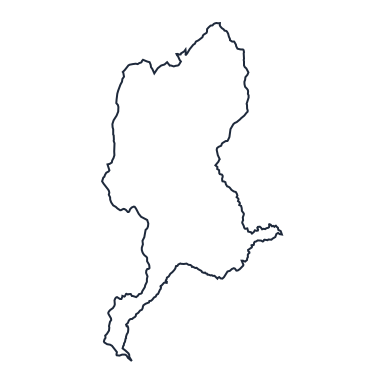 the district of Marulanda, Caldas, Colombia
{"feature_id": "7082276B71497908860024", "entity_name": "Marulanda", "entity_type": "district", "adm_level": 2, "iso_a3": "COL", "parent_name": "Colombia", "parent_adm1": "Caldas", "projection": "natural_earth1", "projection_center": [-75.264, 5.211], "detail": "fine", "context": "isolated", "style": "outline", "palette": "slate", "viewbox_px": 384, "rotation_deg": 0, "n_neighbors": 0, "source": "geoboundaries", "source_scale": "gbopen_adm2", "svg_char_len": 6015}
<svg xmlns="http://www.w3.org/2000/svg" viewBox="0 0 384 384"><path d="M131.8,361.0L129.3,356.9L129.2,354.8L128.5,353.4L125.5,350.6L122.6,348.4L123.3,345.8L123.8,345.3L124.0,343.5L125.0,341.7L125.5,338.9L126.1,338.1L125.9,337.1L126.8,334.2L127.4,333.4L128.0,332.0L128.3,329.2L128.1,327.3L127.6,326.2L126.8,326.4L126.6,326.2L126.1,324.6L127.9,322.9L128.8,320.6L129.8,319.5L130.4,319.1L132.3,318.9L133.3,317.9L134.9,317.0L135.8,315.9L136.0,314.3L138.3,312.8L140.0,310.6L141.9,309.7L142.7,308.0L142.9,306.6L143.4,305.3L145.5,303.8L149.0,302.4L149.4,301.0L151.0,300.8L152.3,299.7L154.0,297.5L155.7,296.6L156.7,294.6L158.1,293.9L159.9,289.8L160.7,288.9L161.0,287.3L160.5,286.6L160.7,285.9L161.5,285.6L163.8,283.0L164.6,282.5L166.7,282.9L166.9,281.8L165.8,280.8L165.8,280.4L166.7,279.0L166.9,277.6L168.7,276.5L170.3,273.8L172.4,272.1L174.2,270.1L175.3,268.5L176.0,266.1L177.4,265.9L178.3,264.5L180.3,263.5L181.0,263.8L183.8,264.0L186.6,263.6L188.5,264.8L190.5,265.0L192.4,266.6L192.3,266.9L193.1,266.9L195.3,268.0L196.6,267.8L198.2,269.2L201.4,270.9L202.1,272.2L203.7,272.8L205.0,272.6L205.3,273.2L207.0,273.7L207.5,274.7L208.7,274.7L210.6,275.4L211.8,275.2L213.0,275.9L214.5,275.8L217.4,278.6L217.8,277.9L219.2,277.1L220.7,278.4L222.4,278.6L224.0,277.1L227.5,271.5L229.9,270.8L231.9,269.0L233.8,268.2L234.9,268.6L236.4,270.6L237.7,270.5L239.7,269.2L243.2,265.6L243.4,264.8L241.7,260.7L243.0,260.7L245.1,261.6L247.0,260.0L247.2,258.3L247.9,257.1L247.8,254.9L248.4,253.7L249.4,252.9L249.4,252.2L248.2,251.0L248.1,249.9L251.8,247.4L252.0,246.6L251.5,245.3L252.1,245.0L253.4,245.1L253.8,244.8L254.1,242.7L254.7,241.8L256.0,241.5L257.7,240.4L261.1,240.6L262.7,241.5L263.4,241.2L264.0,240.0L264.5,239.7L267.6,240.2L268.4,239.5L271.4,239.7L272.6,238.6L275.3,237.0L276.4,234.0L278.1,232.9L279.6,234.1L281.9,234.5L280.7,231.1L278.3,229.8L277.9,227.7L276.6,226.7L275.9,225.7L275.4,225.8L274.4,226.8L273.2,225.9L272.0,226.3L270.8,224.8L269.6,224.2L269.1,224.4L269.3,226.0L269.0,227.2L268.2,227.8L266.4,228.2L265.2,229.1L263.5,228.8L262.1,229.3L261.1,227.8L259.8,226.7L257.9,226.9L257.3,227.8L258.1,229.6L257.9,230.5L256.7,230.8L254.9,230.3L254.0,231.8L252.0,233.6L251.8,233.6L251.0,232.2L248.2,231.6L247.3,228.4L245.2,228.8L244.8,228.5L244.2,227.7L243.7,225.8L242.2,222.8L242.5,221.4L243.1,220.3L242.8,217.4L243.8,214.6L243.8,213.5L241.9,210.9L241.7,208.1L241.1,205.9L239.2,205.0L239.9,203.2L239.4,202.2L238.0,201.1L238.5,199.5L238.3,198.6L236.6,197.1L237.4,195.7L236.9,193.9L235.8,192.0L233.7,191.4L231.5,189.9L229.8,187.7L228.6,186.8L227.2,186.4L225.9,184.3L225.4,182.2L224.0,181.5L222.5,181.3L222.2,180.6L222.1,178.6L222.7,176.8L222.6,175.6L221.9,174.6L219.8,174.1L219.3,173.3L219.1,170.3L218.8,169.9L217.2,169.0L217.4,167.0L215.4,165.3L218.5,161.6L219.0,160.2L219.7,159.2L217.8,155.1L216.7,149.9L217.0,148.2L218.5,146.9L221.2,145.7L221.9,143.7L222.4,143.1L225.6,141.1L227.3,141.0L227.7,140.7L229.4,137.1L230.5,129.1L233.4,124.1L234.7,123.0L236.7,122.1L240.0,119.4L241.0,118.3L244.3,115.6L246.4,112.9L247.6,111.7L247.7,110.4L247.1,108.6L247.0,104.8L246.6,103.9L248.6,97.6L248.6,95.4L247.9,93.9L248.1,91.7L247.9,90.2L247.0,88.8L245.1,86.8L244.5,84.2L244.4,81.8L245.1,79.8L245.4,77.2L247.5,74.7L248.4,72.4L246.3,68.4L244.8,67.1L244.0,65.4L244.0,61.5L243.7,59.9L244.0,58.9L243.7,53.2L244.0,52.2L243.6,50.1L243.0,49.5L240.4,49.4L237.5,48.7L236.2,46.3L235.9,44.6L234.3,41.8L234.0,41.5L232.2,41.6L230.0,40.2L229.9,38.8L228.9,36.7L228.1,33.6L226.9,31.5L226.1,30.9L224.5,30.6L223.7,29.4L221.8,28.1L220.4,26.5L219.8,25.4L219.9,23.1L218.3,23.3L216.3,23.0L214.6,23.5L213.7,24.0L212.5,25.4L210.6,25.6L208.6,27.4L207.1,29.1L207.0,31.7L206.5,32.9L203.6,34.7L202.9,35.6L202.6,36.9L202.2,37.4L198.5,40.3L195.9,41.6L194.8,43.8L193.3,44.7L189.8,49.0L187.1,53.5L185.9,54.8L185.6,54.6L185.8,52.6L185.5,49.6L184.2,51.4L181.0,53.4L180.7,54.4L179.8,54.6L177.4,53.9L176.5,54.0L177.1,55.3L178.0,56.2L179.7,60.0L180.9,61.5L178.9,64.8L177.9,65.5L175.7,65.8L173.8,66.4L170.6,65.4L169.8,65.6L167.1,62.2L164.5,64.5L161.2,65.5L157.7,68.3L154.3,73.4L152.4,69.1L151.0,67.1L150.7,64.9L149.6,62.2L147.1,61.5L143.0,59.8L142.1,60.8L141.6,62.0L140.9,62.6L139.4,63.0L137.7,64.1L135.7,63.7L132.8,64.1L129.7,64.7L128.4,65.4L124.8,70.0L122.8,72.0L123.3,72.7L124.0,76.7L122.4,79.0L122.0,81.7L120.4,84.7L118.2,90.6L117.3,93.7L116.6,99.4L116.3,103.1L117.9,105.0L118.4,107.0L118.2,111.6L116.6,115.6L113.6,120.3L112.4,124.1L112.6,127.3L113.2,129.3L113.2,134.5L113.7,135.4L113.9,139.6L113.7,140.9L114.5,143.3L114.2,151.3L114.4,155.2L113.5,158.1L112.2,160.5L111.8,162.5L109.6,163.9L107.5,164.4L109.4,170.3L108.6,171.5L106.5,172.6L106.1,173.0L104.9,175.1L104.4,176.7L103.3,177.6L102.1,181.3L103.6,183.7L108.2,189.6L109.0,191.1L109.3,192.8L108.8,194.7L110.1,197.3L110.2,199.7L111.2,202.4L113.2,205.4L115.8,206.9L117.5,208.5L120.1,210.2L120.9,210.2L123.4,208.9L124.3,209.0L125.8,209.8L127.8,212.0L128.6,212.0L129.3,211.3L130.1,209.2L131.7,207.5L133.8,206.6L134.7,206.8L136.0,208.6L138.7,213.8L141.1,216.8L147.2,220.0L148.3,223.5L148.0,226.4L147.2,228.4L145.6,229.9L144.3,237.2L142.5,240.8L142.9,244.4L141.8,247.7L141.8,250.0L142.4,252.0L143.1,253.5L144.4,255.2L146.5,256.9L147.1,257.9L147.1,261.3L149.0,264.5L149.3,265.7L149.5,268.0L148.7,268.9L147.3,269.0L146.3,270.6L146.1,272.9L147.5,276.3L146.9,279.0L146.9,281.8L145.2,285.3L144.8,287.2L142.2,291.4L141.8,293.0L141.1,293.6L138.9,294.2L138.0,295.6L136.2,297.1L132.8,296.0L131.9,296.0L130.7,294.0L128.4,294.2L127.9,294.5L126.5,293.8L126.1,293.9L124.9,296.2L124.4,296.6L122.4,295.9L122.3,296.8L121.4,299.0L120.0,299.0L117.0,297.1L116.1,297.5L115.3,298.4L114.5,300.3L114.8,304.3L114.4,305.8L112.9,308.1L110.2,310.0L108.9,311.5L108.3,312.7L108.3,313.5L108.8,314.5L111.0,318.4L111.2,320.0L110.0,321.8L109.0,326.1L109.3,327.6L109.0,330.6L106.9,333.9L105.2,335.6L105.5,337.2L105.3,338.4L104.5,339.3L103.9,341.4L104.3,342.4L107.1,344.2L110.1,344.7L112.0,345.8L116.9,352.1L116.5,354.3L116.5,354.9L116.8,355.3L119.5,355.6L122.1,354.6L125.0,354.6L126.5,355.4L128.0,357.9L131.8,361.0Z" fill="none" stroke="#1e293b" stroke-width="2"/></svg>